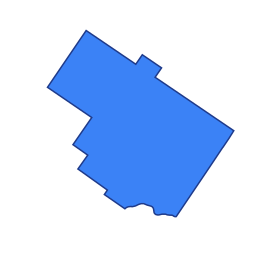 Columbiana, Ohio, United States of America, rotated 34°
{"feature_id": "52423323B72409574475457", "entity_name": "Columbiana", "entity_type": "district", "adm_level": 2, "iso_a3": "USA", "parent_name": "United States of America", "parent_adm1": "Ohio", "projection": "natural_earth1", "projection_center": [-80.666, 40.756], "detail": "fine", "context": "isolated", "style": "filled", "palette": "blue", "viewbox_px": 256, "rotation_deg": 34, "n_neighbors": 0, "source": "geoboundaries", "source_scale": "gbopen_adm2", "svg_char_len": 763}
<svg xmlns="http://www.w3.org/2000/svg" viewBox="0 0 256 256"><g transform="rotate(34 128 128)"><path d="M109.4,190.0L145.6,191.0L145.6,196.4L170.6,196.7L171.2,194.7L172.3,193.1L174.6,191.2L175.0,191.2L175.7,190.7L177.8,188.4L179.6,185.3L181.2,183.4L183.4,181.9L186.9,181.2L190.8,179.9L192.4,179.8L193.9,180.4L194.5,180.9L197.1,183.7L198.3,184.1L199.3,184.2L200.8,183.7L202.1,182.9L204.4,180.4L207.4,178.4L209.0,178.1L211.0,177.1L213.2,175.7L214.0,175.5L215.4,175.5L216.6,175.2L217.5,174.5L217.5,113.8L217.5,110.2L217.4,91.3L217.5,90.9L217.5,90.4L217.5,80.1L217.2,71.3L217.2,71.1L122.1,70.8L122.2,59.4L98.9,59.3L98.8,70.8L38.8,70.6L38.8,71.7L38.5,139.3L92.1,139.6L91.7,172.6L109.8,173.0L109.4,190.0Z" fill="#3b82f6" stroke="#1e3a8a" stroke-width="1.5"/></g></svg>